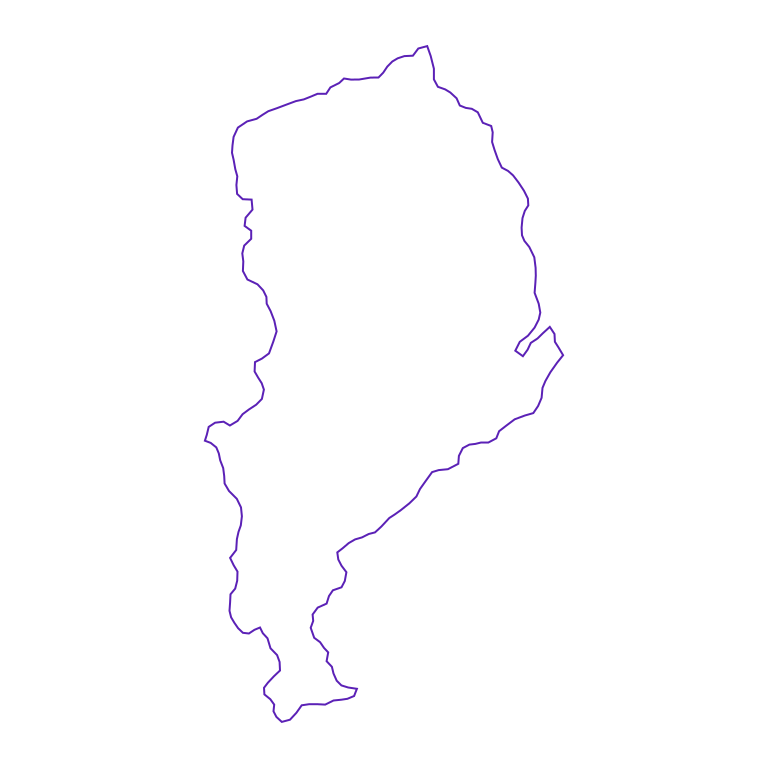 outline of Campanha, Minas Gerais, Brazil, rotated 180°
{"feature_id": "56859067B70432735249209", "entity_name": "Campanha", "entity_type": "district", "adm_level": 2, "iso_a3": "BRA", "parent_name": "Brazil", "parent_adm1": "Minas Gerais", "projection": "orthographic", "projection_center": [-45.402, -21.822], "detail": "fine", "context": "isolated", "style": "outline", "palette": "violet", "viewbox_px": 768, "rotation_deg": 180, "n_neighbors": 0, "source": "geoboundaries", "source_scale": "gbopen_adm2", "svg_char_len": 3033}
<svg xmlns="http://www.w3.org/2000/svg" viewBox="0 0 768 768"><g transform="rotate(180 384 384)"><path d="M563.1,327.3L557.3,325.1L551.7,320.6L549.2,314.6L547.8,307.7L544.8,299.9L543.8,292.0L543.4,284.5L539.0,277.0L531.2,269.2L527.0,260.6L526.1,251.7L527.2,242.6L529.5,236.1L531.1,228.9L531.8,218.0L537.9,210.1L534.3,202.7L530.5,196.4L530.8,187.3L532.8,179.4L537.5,173.7L537.9,165.7L538.5,157.2L536.9,150.7L533.7,145.3L529.9,139.8L525.1,135.2L519.1,134.5L513.5,138.2L508.0,140.5L505.2,134.8L500.5,129.7L497.5,119.7L490.9,112.9L488.4,106.0L488.0,97.5L494.1,91.7L500.1,85.3L504.0,80.2L503.6,73.6L497.7,68.8L493.8,63.4L494.5,56.7L491.6,51.1L486.2,46.1L478.0,48.3L471.6,55.2L466.3,62.7L458.9,63.8L450.6,63.8L442.8,63.4L434.5,67.5L426.6,68.3L420.6,69.2L413.9,72.0L411.1,79.2L419.8,80.5L426.6,82.6L431.3,87.3L434.5,94.5L436.1,101.2L441.4,106.8L439.8,115.6L444.0,120.1L447.9,125.8L453.8,130.2L457.3,140.2L454.8,147.1L455.4,153.5L450.3,160.4L441.4,164.4L439.0,172.0L435.1,177.7L426.5,180.7L423.2,187.0L421.6,195.8L426.5,202.3L429.7,208.5L430.7,215.6L425.4,219.7L419.3,224.9L412.9,228.6L406.0,230.6L399.3,234.0L393.0,235.6L386.6,241.5L378.7,250.0L373.3,253.5L367.0,258.0L358.5,264.8L351.6,271.5L348.0,279.0L342.6,286.6L335.9,295.9L329.3,297.9L320.1,298.8L309.7,304.2L309.1,312.1L305.2,319.9L298.6,323.4L292.6,324.1L286.9,325.5L279.6,325.5L271.7,329.7L268.9,336.8L261.8,342.3L253.3,348.7L243.1,352.5L234.7,354.9L229.9,362.0L226.4,370.2L225.5,380.1L222.6,387.0L217.6,395.8L210.9,405.3L204.9,412.8L209.6,420.7L213.1,426.2L213.5,434.0L218.2,441.1L225.2,434.7L230.5,429.5L237.2,425.1L240.4,418.3L245.1,411.8L252.7,417.3L248.2,426.2L240.0,432.3L233.4,440.4L229.3,448.4L227.7,455.4L229.3,464.3L233.4,475.2L232.6,485.5L232.2,492.3L232.4,500.2L233.7,510.7L238.7,521.0L243.6,527.1L246.0,532.7L246.4,540.4L245.5,549.9L243.2,557.1L239.7,562.6L240.1,569.4L244.0,577.2L249.4,585.4L254.9,592.6L260.0,597.1L266.2,600.4L270.2,608.9L273.4,617.9L275.9,626.0L275.3,635.7L276.8,642.0L285.2,645.2L290.2,655.7L296.2,659.2L302.2,660.1L308.2,662.5L311.4,669.7L317.7,675.5L322.8,678.6L330.1,681.2L334.1,688.6L334.1,699.3L337.3,712.0L340.8,721.9L349.7,719.5L355.1,712.3L363.6,711.9L370.3,709.7L375.7,706.5L380.7,701.4L384.8,695.3L389.5,690.5L397.5,690.4L408.8,688.5L417.0,688.4L424.0,689.5L428.8,685.0L437.6,680.6L441.8,674.2L450.5,674.2L457.9,671.1L464.2,668.6L472.1,666.9L481.0,663.6L491.1,659.8L499.7,656.8L505.6,653.1L511.4,649.2L520.9,646.6L530.1,640.4L534.4,631.1L535.5,622.6L536.0,615.2L534.4,608.3L532.7,598.8L530.7,591.7L531.6,583.0L530.9,574.1L525.3,568.8L516.4,568.4L515.5,558.4L522.4,550.3L523.4,542.1L516.8,537.3L516.8,529.2L523.8,522.4L525.7,514.6L524.7,506.6L525.1,497.0L520.6,488.5L510.5,483.7L504.8,477.6L501.6,471.1L501.3,464.3L497.4,456.9L493.7,447.3L491.4,436.6L494.7,426.4L499.0,414.6L506.1,409.4L513.0,405.9L513.4,396.5L509.8,390.3L506.3,384.8L504.1,378.4L506.1,369.1L511.8,363.3L519.1,358.5L525.4,353.8L530.4,347.1L538.1,342.5L544.4,346.3L552.9,345.3L559.3,341.1L561.2,333.2L563.1,327.3Z" fill="none" stroke="#5b21b6" stroke-width="2"/></g></svg>